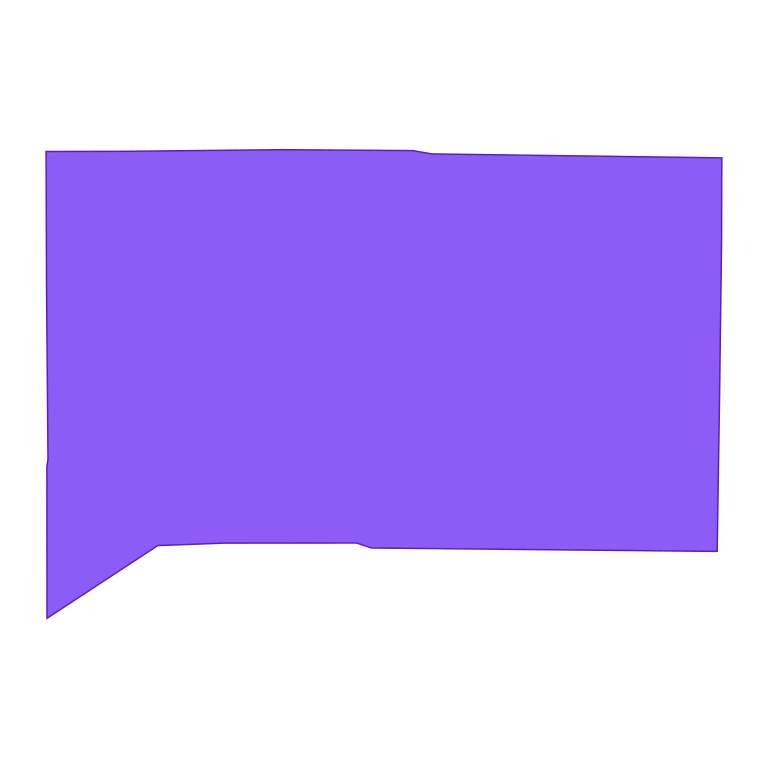 Franklin, Indiana, United States of America (Albers equal-area conic projection)
{"feature_id": "52423323B16028894273840", "entity_name": "Franklin", "entity_type": "district", "adm_level": 2, "iso_a3": "USA", "parent_name": "United States of America", "parent_adm1": "Indiana", "projection": "albers", "projection_center": [-85.059, 39.397], "detail": "fine", "context": "isolated", "style": "filled", "palette": "violet", "viewbox_px": 768, "rotation_deg": 0, "n_neighbors": 0, "source": "geoboundaries", "source_scale": "gbopen_adm2", "svg_char_len": 379}
<svg xmlns="http://www.w3.org/2000/svg" viewBox="0 0 768 768"><path d="M371.6,548.0L717.2,551.4L717.3,543.5L719.6,394.2L721.6,238.8L721.7,177.8L721.7,177.6L721.9,157.9L431.5,153.9L412.9,150.6L281.9,149.7L125.0,151.3L46.1,151.5L46.5,282.5L48.0,459.0L46.9,466.6L47.0,618.3L157.7,545.6L224.2,543.1L356.5,543.0L371.6,548.0Z" fill="#8b5cf6" stroke="#5b21b6" stroke-width="1.5"/></svg>